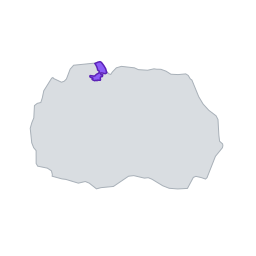 where Jegunovce sits in North Macedonia, rotated 18°
{"feature_id": "MKD-2963", "entity_name": "Jegunovce", "entity_type": "Municipality", "adm_level": 1, "iso_a3": "MKD", "parent_name": "North Macedonia", "parent_adm1": "", "projection": "robinson", "projection_center": [21.128, 42.089], "detail": "fine", "context": "in_parent", "style": "filled", "palette": "violet", "viewbox_px": 256, "rotation_deg": 18, "n_neighbors": 0, "source": "natural_earth", "source_scale": "10m", "svg_char_len": 1879}
<svg xmlns="http://www.w3.org/2000/svg" viewBox="0 0 256 256"><g transform="rotate(18 128 128)"><path d="M115.6,68.8L119.8,69.3L128.8,67.0L134.4,63.7L137.3,63.2L141.1,62.0L146.6,62.2L152.2,63.6L159.2,61.7L166.2,58.7L169.0,59.4L172.0,62.0L174.0,62.7L185.6,76.4L192.0,82.0L199.4,86.2L208.0,89.2L211.0,92.2L216.6,106.7L219.2,112.3L222.9,113.9L223.7,115.5L223.9,117.6L219.9,127.9L218.5,150.8L217.5,152.6L213.2,152.5L207.5,153.0L205.4,154.8L203.2,167.1L194.1,170.6L185.8,172.6L178.9,172.2L166.6,169.3L162.6,169.0L159.1,170.6L148.2,171.5L143.4,173.7L132.2,188.1L120.7,193.1L116.8,195.6L108.1,192.4L103.9,192.1L97.8,195.8L84.6,196.1L81.0,196.8L70.8,197.3L70.3,195.4L68.4,192.4L63.7,191.1L53.9,192.2L51.6,190.1L47.6,177.9L44.4,175.9L41.0,171.8L35.1,158.5L34.9,152.6L35.3,147.5L32.1,135.6L34.1,132.6L37.2,130.7L37.2,125.9L36.4,118.6L40.0,104.2L41.0,103.2L41.9,103.9L50.6,105.0L52.9,103.2L54.3,100.4L54.8,89.9L56.9,85.1L78.0,75.8L84.2,75.5L88.9,79.7L92.7,82.4L95.0,82.4L95.8,79.6L98.3,74.4L102.7,71.4L115.5,68.8L115.6,68.8Z" fill="#d9dde1" stroke="#a8b0b8" stroke-width="1"/><path d="M80.9,73.6L81.5,73.6L82.0,73.7L83.0,74.2L85.8,76.2L88.5,78.6L89.7,80.5L90.4,81.8L90.7,82.0L90.5,82.4L89.7,83.3L88.8,83.5L87.9,83.5L87.0,83.6L85.9,83.7L85.0,84.1L84.7,84.4L85.3,84.9L85.9,85.6L86.5,85.6L87.0,85.3L87.4,85.2L87.7,86.1L87.7,86.9L87.4,87.2L86.7,87.5L86.2,88.1L86.1,88.6L86.3,89.3L86.9,90.4L86.9,91.1L86.4,91.3L85.5,91.6L84.5,91.8L84.1,92.0L83.9,92.1L83.9,92.5L83.4,92.6L82.7,92.6L82.3,92.8L81.9,93.3L81.3,93.3L79.8,93.2L78.9,92.9L78.8,92.6L79.2,92.1L79.2,91.5L78.8,91.3L78.3,91.5L77.4,91.5L76.2,91.2L75.9,91.0L75.9,90.9L75.7,90.3L75.7,90.1L75.9,89.8L78.0,89.4L79.3,89.2L80.4,88.7L80.9,87.6L81.8,86.2L82.4,85.7L83.2,84.8L83.3,83.8L83.1,83.0L82.5,82.6L81.8,82.5L81.2,82.2L80.5,80.9L79.5,79.6L78.4,78.4L76.6,76.9L79.1,74.6L80.9,73.6Z" fill="#8b5cf6" stroke="#5b21b6" stroke-width="1.5"/></g></svg>